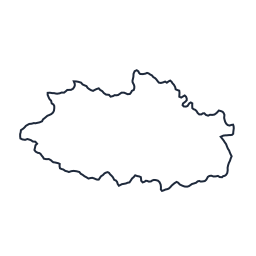 Três Pontas, Minas Gerais, Brazil (Albers equal-area conic projection), rotated 187°
{"feature_id": "56859067B88282475528455", "entity_name": "Três Pontas", "entity_type": "district", "adm_level": 2, "iso_a3": "BRA", "parent_name": "Brazil", "parent_adm1": "Minas Gerais", "projection": "albers", "projection_center": [-45.5, -21.406], "detail": "fine", "context": "isolated", "style": "outline", "palette": "slate", "viewbox_px": 256, "rotation_deg": 187, "n_neighbors": 0, "source": "geoboundaries", "source_scale": "gbopen_adm2", "svg_char_len": 3907}
<svg xmlns="http://www.w3.org/2000/svg" viewBox="0 0 256 256"><g transform="rotate(187 128 128)"><path d="M24.1,144.1L25.6,143.7L27.6,142.8L29.5,143.1L31.1,144.3L32.3,146.0L33.1,147.8L33.8,149.7L33.9,152.8L34.8,154.4L36.0,155.6L37.8,156.1L40.0,156.4L40.8,155.2L42.0,153.6L43.8,151.9L45.7,151.3L48.3,151.1L50.0,150.0L52.3,150.5L54.0,151.9L55.4,151.7L56.9,150.4L59.0,150.2L60.7,151.4L61.9,153.0L63.4,154.2L65.3,154.7L66.6,155.6L67.0,158.0L67.2,160.3L68.8,161.0L70.2,159.9L70.9,158.5L71.6,157.1L73.1,156.3L75.3,156.2L76.6,157.3L76.4,159.0L75.3,160.1L74.2,161.2L73.1,162.7L73.3,164.4L74.2,166.1L75.7,167.2L77.4,165.9L78.9,164.7L80.9,165.3L81.1,167.8L81.2,169.4L81.7,171.3L83.7,171.7L85.4,172.2L86.2,174.4L87.7,176.5L89.3,177.8L90.4,179.2L91.9,180.2L93.4,179.2L95.0,177.7L96.8,178.6L98.8,177.5L100.9,176.7L102.9,176.8L104.3,178.1L105.8,179.7L107.2,180.8L109.1,181.6L110.6,183.1L112.5,183.8L114.2,184.7L115.8,185.0L117.3,184.1L119.8,183.3L122.5,183.1L123.9,184.2L124.6,185.5L126.4,186.4L128.3,185.2L129.1,182.5L128.9,179.4L129.1,177.4L129.3,175.8L129.1,174.2L128.3,172.9L127.4,171.6L126.8,170.2L126.6,168.4L126.9,166.5L128.7,165.3L129.3,163.6L130.3,162.0L132.5,161.5L134.4,162.1L136.2,162.6L138.7,162.3L140.4,160.8L141.9,159.5L143.8,159.0L145.2,159.0L146.9,157.8L149.1,157.0L150.9,158.6L153.9,158.5L156.2,159.7L158.0,161.4L160.3,162.4L161.9,163.8L164.0,162.8L166.0,161.5L167.2,160.6L169.2,161.0L171.3,161.9L173.0,162.9L174.3,164.5L176.2,165.0L178.4,165.7L180.1,167.3L183.0,167.8L185.1,167.9L187.5,167.7L186.2,165.3L186.0,163.6L186.4,162.1L187.4,160.2L189.3,158.9L191.4,158.6L192.9,158.4L194.1,157.0L195.8,155.3L198.2,155.1L200.1,154.1L202.5,153.4L203.9,153.4L205.6,153.6L207.3,153.4L209.9,153.5L212.0,153.1L211.8,151.1L211.0,149.7L210.2,148.3L209.2,146.9L207.7,145.8L206.7,143.1L204.9,142.3L203.9,140.9L203.6,138.8L203.6,136.2L204.3,134.2L205.8,132.5L207.7,131.3L209.5,130.3L210.7,129.0L212.1,127.5L213.4,126.2L214.1,124.2L216.5,122.8L218.8,122.0L220.5,121.4L222.0,121.4L224.2,120.5L226.5,120.0L228.2,118.8L229.7,117.6L230.5,116.3L231.8,114.7L234.0,112.8L234.0,110.7L234.3,108.8L234.0,106.4L233.5,104.5L231.5,103.8L228.7,103.7L226.5,104.8L224.2,104.4L222.6,104.0L220.9,103.0L218.3,103.1L216.3,101.3L217.7,99.6L217.9,97.3L218.2,94.8L216.8,93.3L214.6,92.4L212.9,92.3L211.6,91.6L210.3,90.1L208.8,88.7L207.8,87.3L205.6,87.1L202.8,87.5L200.7,86.7L199.5,85.8L198.0,84.9L196.4,84.9L194.3,84.7L192.8,84.5L191.4,84.0L191.3,81.8L190.6,79.7L189.0,79.2L187.1,78.9L185.1,77.8L182.8,77.5L181.3,77.1L179.1,78.2L176.8,78.8L173.9,78.8L170.9,78.4L169.3,76.8L167.3,76.0L165.3,74.8L163.4,74.1L161.1,73.0L159.3,73.7L157.4,74.2L155.3,73.8L153.8,73.3L152.3,73.0L150.8,73.2L150.0,74.7L149.0,76.7L147.1,78.3L145.8,80.1L144.3,81.1L142.8,81.7L141.4,81.2L140.1,79.8L138.6,78.7L137.2,77.5L136.3,76.3L135.4,74.9L133.6,74.4L132.3,73.2L131.4,71.2L130.0,69.6L128.5,70.6L127.2,71.5L125.5,72.0L123.3,72.7L121.8,73.6L119.9,74.2L118.7,76.5L117.8,78.4L116.4,79.9L115.1,81.9L112.9,81.4L111.0,81.3L109.3,80.8L108.8,79.0L108.5,77.3L106.8,75.8L105.0,76.7L103.9,77.8L102.4,77.8L100.7,77.3L98.7,77.8L97.5,78.9L96.0,79.6L94.1,79.7L91.9,79.4L90.1,78.1L88.7,75.8L88.1,73.4L87.9,71.0L86.6,69.7L84.9,70.5L83.3,71.5L81.8,72.0L80.2,72.8L78.8,74.4L77.6,76.2L76.6,77.3L75.1,78.9L73.2,80.4L71.5,79.8L69.8,78.3L68.4,77.8L66.8,77.3L64.6,76.8L62.1,77.0L60.5,77.7L59.1,78.9L57.7,80.2L56.0,80.9L53.7,82.0L52.4,83.5L50.8,84.1L49.3,83.7L47.3,84.1L45.3,84.7L44.0,86.2L43.4,87.6L42.8,89.2L41.4,90.3L39.6,90.8L37.2,90.3L34.9,90.7L32.9,91.4L31.0,90.5L28.7,90.6L27.7,91.8L26.2,92.3L24.9,93.5L24.0,95.5L23.9,98.2L24.3,100.7L24.1,103.2L23.6,105.7L22.8,107.9L22.4,110.1L21.7,112.6L23.0,114.5L24.0,116.2L24.9,118.0L26.3,119.6L27.5,121.7L28.7,124.0L30.3,125.7L31.5,127.2L33.1,128.8L34.9,130.6L32.4,132.1L30.3,132.6L28.9,132.8L27.3,133.2L25.3,133.5L23.9,133.9L22.9,135.1L23.0,136.8L23.0,138.4L23.0,140.7L23.4,142.6L24.1,144.1Z" fill="none" stroke="#1e293b" stroke-width="2"/></g></svg>